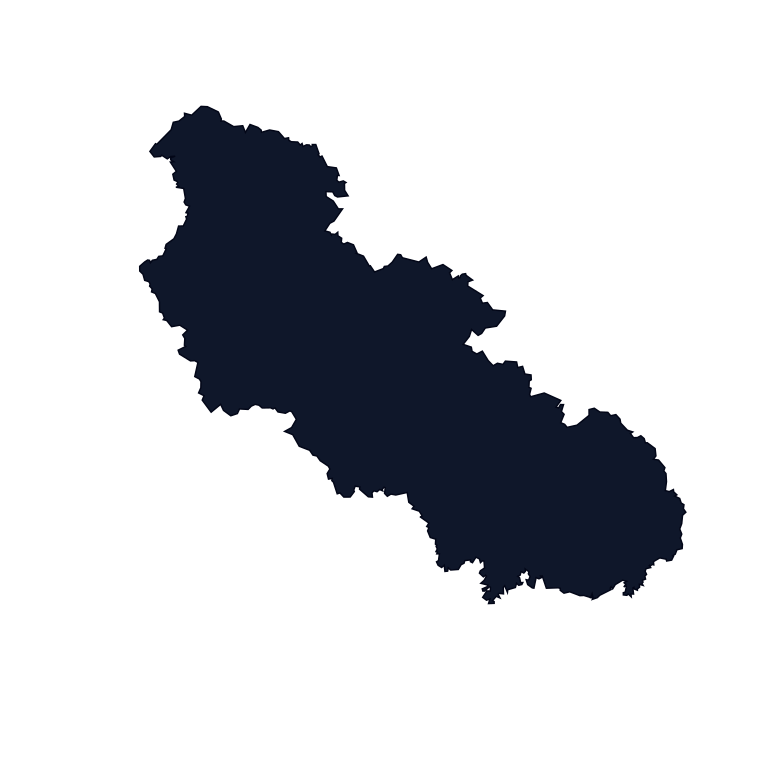 Chris Hani, Eastern Cape, South Africa, rotated 42°
{"feature_id": "47623444B97098873518332", "entity_name": "Chris Hani", "entity_type": "district", "adm_level": 2, "iso_a3": "ZAF", "parent_name": "South Africa", "parent_adm1": "Eastern Cape", "projection": "orthographic", "projection_center": [27.423, -31.861], "detail": "fine", "context": "isolated", "style": "filled", "palette": "ink", "viewbox_px": 768, "rotation_deg": 42, "n_neighbors": 0, "source": "geoboundaries", "source_scale": "gbopen_adm2", "svg_char_len": 6137}
<svg xmlns="http://www.w3.org/2000/svg" viewBox="0 0 768 768"><g transform="rotate(42 384 384)"><path d="M710.1,376.7L708.0,374.8L710.0,373.1L705.4,369.1L705.9,367.8L707.4,368.8L710.3,367.7L709.4,366.7L709.9,364.0L707.8,362.0L711.3,360.3L709.1,359.6L709.1,358.0L707.4,356.9L708.9,354.0L706.4,352.3L706.5,349.8L703.4,348.5L702.3,345.9L705.0,342.0L701.9,341.2L703.7,340.9L703.9,338.9L705.5,337.9L703.1,335.7L705.3,328.7L710.9,325.4L712.5,326.4L715.6,322.4L714.4,318.3L713.5,318.4L714.3,315.6L712.6,311.2L715.7,306.8L713.1,303.5L707.2,300.2L705.7,296.3L700.8,293.9L698.7,288.6L693.7,281.8L694.1,277.3L690.0,276.4L687.7,273.0L684.5,273.6L680.3,271.2L675.1,272.8L675.8,270.4L671.4,270.3L669.7,268.8L668.0,273.1L664.4,275.0L659.3,267.6L653.5,261.9L650.1,261.4L648.7,258.2L638.9,256.8L634.5,259.7L634.2,255.5L628.7,250.6L618.9,251.5L617.7,252.9L613.9,250.5L609.5,250.6L608.2,254.2L605.4,256.9L600.2,255.9L600.9,253.2L595.8,255.5L586.1,254.7L582.9,252.2L576.8,251.6L573.7,255.9L569.3,255.3L563.2,260.4L556.5,261.3L553.5,265.8L557.4,270.1L555.0,285.4L549.1,293.7L545.2,293.1L541.2,294.5L538.1,286.0L534.3,285.8L531.2,279.2L528.9,281.2L529.8,285.0L527.3,286.1L526.4,277.9L509.1,283.5L501.5,295.4L499.1,294.3L496.2,288.8L493.9,289.5L489.9,284.6L490.6,282.3L487.2,278.9L482.0,282.3L475.2,278.2L472.4,282.3L467.8,278.9L458.9,285.8L459.3,289.8L454.4,292.7L452.9,297.4L445.7,296.9L435.1,293.8L432.9,299.6L427.6,300.8L424.2,298.2L416.3,301.6L415.6,291.6L412.6,284.9L421.4,284.9L422.7,281.1L421.8,274.6L429.0,265.7L428.1,252.7L425.5,248.6L415.2,256.2L406.3,254.3L403.1,258.1L398.0,255.7L398.5,252.0L380.6,255.2L378.0,251.9L380.3,247.5L372.3,248.3L370.8,247.4L368.7,250.0L368.4,252.6L369.4,254.0L368.7,255.2L366.9,254.0L365.0,260.7L358.3,257.5L358.5,254.2L347.9,255.8L342.3,266.5L335.0,264.4L330.4,261.5L328.3,270.0L313.2,277.9L309.9,276.8L307.4,278.5L308.6,287.9L308.0,293.7L305.6,296.4L306.3,298.7L302.0,307.1L294.7,305.3L294.2,306.2L283.2,302.7L275.7,305.5L276.0,304.5L268.2,301.0L262.1,303.3L260.5,306.9L257.5,307.4L255.0,304.0L250.6,304.7L248.1,302.2L247.6,305.5L245.0,307.4L245.3,308.6L242.3,307.4L237.6,309.8L236.2,300.8L237.8,296.4L236.0,281.6L232.9,284.4L223.9,282.0L215.6,283.4L212.1,279.9L217.3,275.5L221.3,276.9L224.3,276.1L231.4,268.2L225.1,266.4L220.4,261.4L220.9,259.7L217.9,260.3L215.4,264.2L212.6,264.2L209.8,260.2L211.1,259.1L204.0,255.3L196.4,260.4L185.4,256.1L184.5,258.1L181.6,257.7L181.7,256.4L173.1,251.7L170.5,254.0L171.5,254.6L170.7,256.7L168.5,256.4L166.3,258.2L164.9,261.7L162.2,260.1L161.8,262.5L158.0,261.9L153.0,266.0L150.2,266.6L148.3,264.9L145.8,268.2L136.7,267.1L129.0,271.8L124.6,278.9L122.8,277.5L118.6,277.7L110.8,280.8L112.7,289.8L106.2,286.6L100.1,293.3L89.1,295.7L86.8,297.7L85.8,295.9L78.9,292.7L67.2,296.1L62.3,300.1L61.2,312.9L54.6,316.3L56.9,318.6L55.7,325.8L52.3,330.5L55.7,337.5L54.8,357.9L53.4,358.3L54.4,367.8L61.3,369.0L65.8,364.3L65.7,362.7L72.3,361.7L73.2,357.7L76.4,354.4L74.2,358.8L75.6,360.1L79.0,359.5L76.7,362.0L87.4,364.9L86.7,369.4L91.6,372.9L94.7,371.9L96.0,372.3L96.1,374.2L99.2,374.4L97.7,377.0L104.3,372.7L112.3,379.0L113.7,382.5L116.8,383.5L120.5,382.0L122.2,389.2L124.2,388.2L125.6,391.3L124.8,392.2L127.0,393.6L129.1,400.9L125.7,404.1L129.3,411.3L130.7,416.7L128.7,426.0L130.5,429.7L131.7,429.3L133.9,436.8L131.2,439.9L131.8,443.4L129.1,447.0L129.3,450.2L127.0,449.0L125.4,450.0L124.5,453.4L123.7,460.0L126.9,463.5L131.5,463.7L136.8,467.1L140.7,465.3L143.3,466.1L144.3,468.1L148.0,468.4L149.6,471.1L153.5,469.7L162.1,473.1L168.9,480.5L172.0,479.4L176.7,481.9L176.9,483.9L180.0,482.2L187.8,483.5L192.9,476.9L202.0,475.4L201.6,482.2L205.5,483.4L209.8,488.8L211.5,488.8L208.4,496.6L212.1,498.6L224.7,496.3L227.7,493.3L231.3,492.5L238.4,505.1L243.5,503.8L246.4,504.7L250.4,509.3L252.2,514.7L258.1,513.1L259.7,517.6L274.4,520.6L276.2,508.4L282.4,511.0L291.4,510.1L294.8,504.1L293.3,499.2L300.0,493.8L300.2,489.2L301.9,485.3L305.3,483.4L309.5,483.3L315.6,477.6L318.2,476.8L318.9,474.7L323.9,475.7L330.3,471.7L332.0,467.0L333.9,466.3L342.5,468.9L344.5,478.2L341.9,485.7L350.1,482.7L362.7,487.0L373.1,483.0L378.8,484.4L382.3,482.4L387.9,483.7L397.6,482.3L400.7,483.4L401.7,488.6L406.4,491.8L408.7,488.8L409.9,490.7L412.2,490.8L422.7,496.9L424.2,494.4L429.8,494.9L434.5,490.6L433.9,483.8L432.5,483.1L430.9,479.2L435.0,476.6L436.2,478.5L447.8,478.3L451.1,475.8L447.9,472.9L447.9,470.2L450.9,468.7L451.4,465.3L454.5,464.3L453.2,463.6L453.1,460.6L454.4,460.3L457.6,464.9L461.6,465.2L462.8,461.2L467.0,458.6L473.8,449.1L481.6,455.3L488.1,454.7L488.4,457.9L495.3,454.9L500.8,456.5L500.0,458.3L500.1,458.5L510.4,457.3L511.1,461.3L513.4,460.6L514.7,464.0L521.1,467.1L526.3,464.7L529.4,468.6L531.1,468.4L531.4,469.8L534.0,470.9L534.8,473.8L536.3,473.2L536.9,474.9L538.8,473.1L542.7,478.8L542.0,481.0L545.5,482.5L549.6,481.8L550.0,478.4L554.7,482.5L556.5,480.5L554.7,477.6L558.0,477.6L563.3,472.1L562.2,466.6L563.4,463.7L562.2,461.2L566.0,456.8L567.1,458.2L569.3,457.6L568.2,451.2L571.9,450.1L575.2,452.2L575.5,449.4L576.8,448.7L581.8,453.4L580.6,458.4L581.5,460.7L586.9,460.8L587.5,458.1L588.7,458.2L589.8,463.0L589.3,467.3L595.8,463.9L596.3,465.7L594.1,470.5L596.0,471.7L597.3,470.6L598.0,464.1L599.1,463.8L601.5,466.7L598.9,469.0L600.1,476.5L604.8,476.1L606.6,472.9L608.6,477.2L612.6,473.3L611.4,472.0L609.6,472.5L609.5,466.7L613.3,465.4L609.5,463.9L609.6,462.6L613.2,460.0L608.7,455.3L608.7,453.2L615.1,456.2L613.6,454.1L617.8,447.3L615.8,443.4L618.8,443.4L620.6,440.8L620.0,438.7L618.5,440.2L614.4,437.3L612.1,437.4L613.1,435.0L611.4,431.7L614.4,430.9L614.4,428.5L612.7,427.0L617.3,426.5L618.3,428.5L621.4,429.3L622.7,433.0L620.6,434.3L625.0,436.9L630.6,436.3L632.0,435.4L626.6,426.1L629.5,425.1L630.6,422.4L628.8,422.0L630.0,420.7L641.3,427.1L649.8,418.9L651.7,417.9L653.0,419.4L657.7,419.0L661.1,414.1L671.2,410.2L674.0,407.4L680.4,404.4L678.9,400.5L681.4,402.2L681.1,404.1L682.7,403.0L683.0,404.5L685.5,400.0L685.7,396.6L690.3,384.8L688.7,384.3L688.4,382.6L691.0,383.2L690.1,378.3L692.6,370.1L696.3,368.3L695.5,371.1L697.8,371.0L698.0,374.4L698.7,372.2L699.7,372.4L702.5,377.2L701.5,379.0L703.0,380.6L705.9,378.5L705.9,376.6L710.1,376.7Z" fill="#0f172a" stroke="#020617" stroke-width="1.5"/></g></svg>